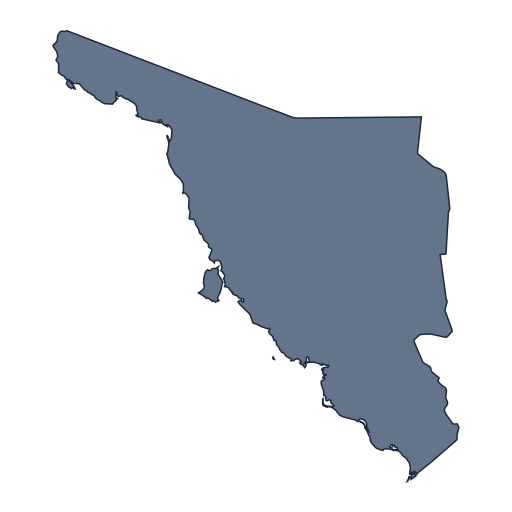 SVG path tracing the border of Sonora
{"feature_id": "MEX-2712", "entity_name": "Sonora", "entity_type": "State", "adm_level": 1, "iso_a3": "MEX", "parent_name": "Mexico", "parent_adm1": "", "projection": "albers", "projection_center": [-111.078, 29.368], "detail": "fine", "context": "isolated", "style": "filled", "palette": "slate", "viewbox_px": 512, "rotation_deg": 0, "n_neighbors": 0, "source": "natural_earth", "source_scale": "10m", "svg_char_len": 6036}
<svg xmlns="http://www.w3.org/2000/svg" viewBox="0 0 512 512"><path d="M66.8,30.7L266.5,107.5L293.3,117.6L297.0,118.1L421.4,116.9L417.5,152.7L417.7,153.7L432.7,166.2L434.9,167.4L439.2,168.6L442.3,170.5L445.1,173.0L446.2,175.2L449.8,208.6L448.4,212.6L446.0,253.8L444.5,254.3L440.1,254.4L446.1,298.6L447.2,301.4L445.1,309.2L445.2,311.1L451.6,328.6L452.2,331.5L447.0,337.0L446.1,337.4L430.9,334.1L425.0,334.1L420.1,334.7L419.0,335.3L415.6,338.5L414.4,339.6L413.8,340.9L423.0,362.5L429.8,366.6L430.6,367.7L431.3,370.9L432.2,372.2L439.2,377.9L438.2,379.7L438.2,381.7L441.0,384.7L445.2,387.6L445.9,388.5L446.5,390.9L445.7,397.9L447.3,401.4L447.6,403.6L447.0,405.1L444.9,408.1L444.5,409.9L444.6,411.5L446.2,414.5L452.1,422.8L453.6,424.2L457.0,423.8L459.0,427.2L457.1,434.4L457.1,439.0L456.7,440.0L431.8,461.6L417.5,473.1L416.9,474.3L415.7,472.1L414.0,471.1L414.9,472.5L412.2,472.1L410.4,474.2L409.8,474.3L409.6,473.2L410.4,468.2L409.3,462.6L405.4,457.6L402.6,455.6L400.7,452.7L398.7,451.0L395.0,450.2L394.5,449.6L395.2,449.4L398.0,450.3L397.7,449.0L397.2,448.7L397.5,448.1L397.1,447.3L395.1,447.1L394.4,445.3L393.0,446.3L392.6,445.0L391.5,444.7L390.2,446.4L390.0,447.2L392.0,447.8L392.2,448.3L391.9,449.2L393.9,450.1L393.8,450.6L391.5,449.5L386.7,448.7L384.0,449.0L383.1,449.7L383.0,450.4L381.0,450.1L376.3,448.1L372.2,443.9L370.6,441.4L369.6,436.5L368.6,435.0L367.4,431.7L364.7,427.5L365.0,426.7L367.4,430.5L368.8,431.5L367.1,427.5L366.5,423.0L364.3,420.2L362.3,419.1L360.1,418.8L358.8,419.6L357.3,421.5L355.4,420.0L342.9,416.8L339.7,415.2L335.5,410.0L332.6,407.9L331.6,407.3L329.3,406.7L327.9,406.8L327.8,406.1L333.2,406.6L334.0,405.9L331.1,402.8L330.6,401.9L331.0,400.6L330.1,400.3L329.3,399.4L327.4,400.9L326.0,400.6L325.6,396.5L323.7,395.4L323.6,391.0L321.2,384.1L321.1,381.7L321.8,380.6L324.2,379.8L324.9,378.8L324.7,377.7L324.0,377.5L323.1,378.0L322.6,378.8L323.2,376.5L323.5,375.9L325.8,375.2L326.1,374.4L324.0,374.3L322.9,373.8L322.7,372.7L323.5,371.0L322.6,370.9L322.0,370.3L321.8,369.5L322.2,368.6L323.0,369.4L323.3,369.1L323.6,367.7L327.8,367.2L328.6,366.5L328.3,365.1L327.0,365.6L323.3,364.1L321.8,364.2L322.5,365.0L322.2,365.3L321.3,365.1L318.3,363.3L313.8,362.2L309.4,362.2L307.0,362.8L307.0,362.2L309.6,361.3L308.9,359.7L308.4,357.3L307.7,356.9L306.9,356.9L306.6,357.6L306.3,360.8L304.4,363.3L305.4,363.1L305.9,363.4L306.1,364.0L305.9,365.9L304.7,367.6L302.7,364.7L300.9,364.3L299.7,362.8L301.4,361.8L299.0,359.5L297.6,358.7L295.0,359.3L293.8,360.6L290.9,360.7L291.5,359.6L290.9,358.8L290.0,358.3L289.4,358.3L288.5,357.3L286.7,356.8L283.6,352.9L281.7,352.4L280.9,350.9L279.7,349.6L278.6,346.9L276.5,344.6L276.1,341.4L275.5,340.7L274.0,340.5L272.7,336.5L269.9,334.0L269.1,332.8L268.7,331.2L269.7,329.7L269.9,328.4L267.7,328.8L260.6,326.3L256.7,324.2L253.0,323.1L249.8,314.2L239.8,304.4L238.0,301.8L238.3,301.3L239.0,301.3L241.5,300.1L242.6,302.1L243.2,302.3L243.5,302.1L243.9,300.6L243.1,298.5L239.6,298.6L236.9,295.7L233.0,294.3L232.7,292.9L231.8,292.5L232.0,291.8L229.7,289.8L228.3,287.3L224.5,286.6L224.3,286.2L225.5,285.2L224.3,280.9L224.2,279.2L223.4,278.9L224.7,276.4L224.7,275.7L224.0,274.2L222.9,273.0L223.1,272.3L220.9,270.8L221.8,267.9L221.9,266.2L220.2,261.7L218.7,260.6L215.6,260.5L214.6,261.2L214.4,262.9L212.9,261.3L209.6,259.4L209.0,257.2L211.7,251.0L211.8,249.4L211.2,248.5L209.9,248.1L208.5,246.9L208.4,243.9L203.9,239.9L202.1,234.8L201.6,234.1L200.6,234.2L199.4,232.6L198.5,228.8L195.9,224.9L194.7,220.7L194.0,219.7L193.0,219.0L192.5,219.3L191.6,218.8L190.3,219.3L189.3,218.7L189.0,217.7L189.7,216.5L189.4,215.2L190.3,211.4L188.6,208.1L189.1,199.0L188.5,197.2L185.8,193.7L184.5,193.0L183.5,192.8L182.9,193.4L182.6,193.0L183.3,191.6L183.5,186.4L183.0,183.5L182.1,181.5L179.4,178.2L175.1,174.0L169.5,164.0L167.6,156.1L166.7,153.8L167.8,151.6L168.8,144.3L168.7,141.9L166.9,136.8L166.9,135.8L167.4,135.6L167.8,136.3L169.3,140.9L169.7,141.2L171.4,138.3L172.0,129.3L170.8,128.2L169.5,126.0L167.9,124.9L166.2,124.7L166.3,125.4L167.9,126.3L167.7,126.8L163.1,124.2L162.4,122.6L161.6,121.7L160.9,119.7L158.3,120.3L159.0,121.5L161.1,122.8L160.4,123.0L141.7,118.8L141.1,117.3L137.2,116.5L136.0,115.3L136.4,114.9L137.5,115.2L138.1,114.6L136.6,108.7L136.7,106.5L135.2,104.2L132.0,101.7L129.3,100.4L128.3,99.3L126.5,99.2L122.2,96.8L121.7,95.5L118.3,96.4L117.2,95.3L117.0,92.5L116.1,91.9L115.8,97.4L116.2,97.9L117.0,97.9L117.6,98.7L116.8,99.1L115.8,100.3L115.6,101.2L114.2,101.7L112.7,104.1L104.8,103.7L101.8,102.3L100.4,101.0L97.0,99.3L94.8,97.1L94.7,96.2L88.4,92.4L87.5,92.2L86.7,90.8L84.7,90.0L79.4,83.9L78.2,83.6L73.2,83.4L69.6,80.1L66.2,79.3L64.0,76.2L62.0,75.3L58.5,72.7L58.6,63.9L57.8,62.1L56.2,60.8L56.1,59.7L57.5,57.5L57.7,56.0L57.2,53.2L56.2,50.9L53.0,46.1L53.2,45.1L56.7,41.7L57.3,40.1L57.6,36.4L58.2,34.8L60.3,31.7L61.6,31.1L64.7,31.5L66.8,30.7ZM217.6,300.8L215.4,302.3L214.4,301.1L213.2,301.0L212.3,301.4L211.9,300.4L210.9,300.3L209.0,298.4L208.2,298.6L205.7,298.0L205.6,297.0L204.0,296.7L203.8,296.0L200.6,294.2L199.7,293.4L199.0,293.4L198.4,292.9L202.0,290.5L203.4,288.9L204.6,286.1L203.7,284.7L203.5,281.7L203.8,278.6L205.1,273.0L206.1,271.1L207.7,269.6L208.7,270.6L210.0,270.6L212.5,268.6L216.4,268.2L217.8,266.9L218.6,266.5L217.5,268.1L217.8,269.2L218.6,270.4L218.0,272.4L218.3,273.3L218.0,274.4L220.3,277.4L222.8,282.7L221.6,285.2L221.5,287.5L220.6,291.1L219.7,292.1L220.0,293.1L219.0,294.5L217.6,298.1L217.8,299.6L218.5,299.9L219.0,300.7L218.4,301.1L217.6,300.8ZM67.3,80.5L69.1,81.0L71.8,83.5L74.2,86.6L75.1,88.9L73.6,88.5L72.7,87.3L71.3,88.4L68.5,86.8L66.4,83.8L67.3,80.5ZM411.1,479.3L411.4,474.2L411.9,473.6L413.2,473.5L415.3,474.4L415.8,476.1L411.1,479.3ZM322.7,404.8L322.6,400.2L323.4,397.7L323.0,400.5L323.3,403.8L324.5,405.1L327.4,406.1L327.1,407.2L323.7,405.9L322.7,404.8ZM358.4,421.1L360.1,421.3L362.2,422.3L363.9,423.6L365.2,425.8L364.7,425.8L363.3,423.8L361.8,422.7L358.4,421.1ZM407.2,481.3L408.6,478.4L409.1,476.5L409.5,476.6L409.8,477.5L409.1,479.0L407.7,481.0L407.2,481.3ZM273.4,359.2L272.6,357.6L273.1,356.9L274.4,359.4L273.4,359.2Z" fill="#64748b" stroke="#1e293b" stroke-width="1.5"/></svg>